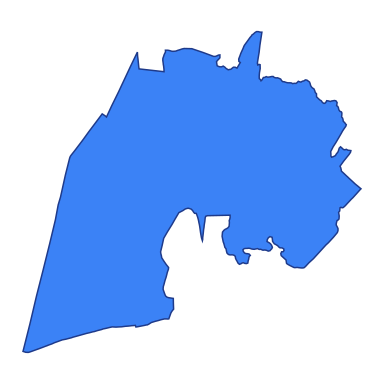 the district of Limuru, Central, Kenya
{"feature_id": "3690345B52223496040180", "entity_name": "Limuru", "entity_type": "district", "adm_level": 2, "iso_a3": "KEN", "parent_name": "Kenya", "parent_adm1": "Central", "projection": "natural_earth1", "projection_center": [36.657, -1.145], "detail": "fine", "context": "isolated", "style": "filled", "palette": "blue", "viewbox_px": 384, "rotation_deg": 0, "n_neighbors": 0, "source": "geoboundaries", "source_scale": "gbopen_adm2", "svg_char_len": 5949}
<svg xmlns="http://www.w3.org/2000/svg" viewBox="0 0 384 384"><path d="M259.1,52.4L259.9,45.3L261.9,32.2L260.0,32.1L258.2,31.6L256.5,31.6L254.9,32.6L253.3,34.1L252.0,34.9L251.3,36.1L250.1,37.4L244.4,45.3L243.8,46.5L243.2,48.1L242.4,49.9L241.7,51.4L241.1,52.7L240.6,53.9L240.2,55.1L239.2,57.7L238.7,59.1L238.9,61.5L240.3,62.5L237.0,68.1L235.1,67.2L233.4,67.2L231.9,68.4L230.8,69.3L229.3,69.5L228.2,69.8L227.0,69.0L225.9,68.3L225.0,67.3L223.2,66.1L221.6,66.8L219.8,66.8L218.5,66.4L217.2,65.8L216.9,64.4L216.7,63.0L216.5,61.7L217.6,60.3L218.8,59.1L219.9,57.8L219.9,54.9L218.4,55.1L217.0,55.8L215.4,56.4L213.6,56.4L203.4,52.6L195.4,49.9L193.9,49.4L191.9,48.7L184.1,48.5L181.9,49.0L179.9,49.7L177.6,50.4L175.8,51.1L173.7,51.3L172.0,51.3L169.7,50.6L167.8,50.2L165.4,50.2L165.5,52.0L164.7,53.5L164.1,54.8L163.6,56.4L162.9,58.3L162.8,60.3L163.0,61.8L163.2,63.2L163.3,64.5L163.6,66.0L163.9,68.6L164.0,70.0L164.0,71.7L139.1,68.9L138.8,67.2L138.0,59.3L137.6,56.1L137.4,52.1L134.4,58.3L130.7,66.0L122.2,84.1L118.6,91.8L111.7,105.8L109.0,111.6L106.5,117.0L105.1,115.8L102.2,113.9L95.9,122.3L88.9,131.6L82.6,140.3L74.7,150.7L71.2,155.1L70.3,156.4L69.7,157.9L65.4,175.0L60.5,197.1L58.2,204.8L55.4,219.8L49.7,243.6L43.0,270.5L36.5,296.0L29.9,324.0L23.0,351.4L25.8,352.3L28.4,352.4L30.4,351.8L40.6,348.1L41.7,347.7L49.0,344.9L51.9,343.9L54.5,342.7L58.4,341.3L62.2,339.9L65.8,339.2L70.4,338.0L71.6,337.7L72.9,337.2L77.3,336.0L86.5,333.4L90.0,332.6L92.9,331.8L94.2,331.6L97.4,330.6L101.7,329.5L103.2,328.9L105.3,328.5L109.9,327.4L112.2,326.9L116.0,327.1L119.1,326.9L121.6,326.8L125.3,326.3L128.0,326.1L130.1,325.9L131.5,325.7L134.3,325.5L135.4,325.4L135.9,327.0L137.3,326.8L140.9,326.1L144.5,325.4L146.1,325.0L147.3,324.9L148.9,324.1L150.1,323.3L151.4,322.5L153.4,321.9L155.3,321.3L157.3,320.8L158.5,320.5L160.7,319.8L162.4,319.4L164.5,318.9L166.3,318.9L167.6,319.0L168.8,318.9L170.9,313.0L171.9,311.3L172.8,310.1L173.6,309.2L173.4,303.5L173.3,298.4L168.7,297.7L167.1,297.2L165.7,296.1L165.1,294.9L164.6,293.6L164.0,291.9L163.5,290.5L163.1,289.2L163.3,286.6L163.9,284.7L164.4,282.8L165.0,280.5L166.1,277.2L166.9,274.1L167.2,272.8L167.7,271.2L168.4,269.3L168.6,267.5L167.8,266.5L166.2,264.5L163.8,261.0L161.7,257.7L161.4,255.8L160.8,253.5L160.6,251.8L162.2,245.2L163.7,238.3L167.4,231.9L172.0,224.5L175.0,219.2L178.9,212.6L180.0,212.1L181.5,211.3L182.7,210.7L185.4,208.9L186.9,208.5L188.1,208.2L189.7,208.6L191.3,209.2L192.7,210.7L193.7,212.3L194.6,213.3L196.3,213.4L197.6,217.0L198.2,219.1L198.6,220.9L199.0,223.0L199.4,224.7L199.8,227.1L200.5,232.2L200.9,234.7L201.5,237.9L202.4,240.7L202.7,239.4L202.7,237.7L202.9,236.2L203.3,232.8L203.6,229.7L204.0,227.4L204.2,225.3L204.5,223.3L204.8,221.6L205.0,219.7L205.2,217.7L205.7,216.3L207.3,215.7L230.1,215.2L230.1,217.7L229.7,219.3L229.2,220.6L229.4,222.6L229.1,226.4L227.7,228.0L226.3,228.8L225.2,229.3L223.9,230.3L222.5,232.1L222.1,236.3L223.2,241.8L223.8,243.4L224.4,245.5L224.9,247.4L226.0,248.8L226.5,251.3L227.0,253.1L228.3,254.4L229.4,254.8L230.6,254.9L231.7,254.8L232.9,254.9L234.1,255.3L235.3,256.4L235.5,258.2L236.2,259.8L237.0,261.1L238.0,263.1L239.4,264.3L240.9,263.8L242.0,263.1L243.2,262.7L244.8,263.4L246.4,263.6L247.8,263.1L248.2,260.7L248.7,259.2L248.9,257.7L249.3,256.4L250.3,255.4L249.2,254.1L247.7,253.7L246.1,253.6L244.5,253.0L243.2,251.2L243.0,249.6L244.3,248.6L245.8,248.4L247.1,248.4L248.4,248.2L250.2,248.4L251.3,248.9L252.8,249.2L254.3,249.3L255.6,249.0L257.5,248.6L259.2,249.4L260.8,249.3L261.9,249.8L263.0,250.2L264.3,250.0L265.5,250.1L266.7,250.4L268.2,251.1L270.0,250.7L271.0,249.5L271.8,248.7L272.4,247.3L271.6,245.3L270.5,243.8L269.4,242.9L267.0,241.5L267.3,239.6L268.3,237.8L269.9,236.6L272.1,237.3L272.4,239.4L272.6,241.4L274.3,243.8L275.9,244.6L277.7,245.7L278.7,246.9L279.9,247.8L282.0,247.9L283.7,248.8L284.0,250.6L283.1,251.7L281.6,251.8L280.8,253.6L281.2,255.6L282.4,256.7L283.6,257.8L284.9,259.0L286.1,260.1L286.3,262.0L286.6,263.5L287.9,264.4L289.5,265.3L292.9,267.0L294.2,267.6L295.6,267.6L297.1,267.4L298.3,267.6L299.9,267.8L302.0,268.0L303.9,267.8L305.4,266.6L308.9,262.8L313.4,258.7L325.9,245.0L328.4,242.7L333.4,237.3L335.9,234.3L337.0,233.0L337.6,231.9L338.0,230.5L338.0,228.6L337.5,227.4L336.9,226.3L336.2,224.9L336.3,223.5L336.6,222.1L337.1,220.5L338.1,220.0L339.0,219.0L339.2,216.0L339.0,214.7L338.6,212.4L339.7,211.0L340.0,207.8L341.0,207.3L342.1,207.8L343.3,207.5L344.4,206.5L345.3,205.7L347.2,203.6L351.1,199.4L353.0,197.6L360.1,189.7L361.0,188.8L358.4,186.6L355.1,183.9L349.5,178.7L341.4,171.1L341.2,169.7L340.7,167.6L340.0,166.2L343.7,161.1L349.1,154.4L350.5,152.3L350.9,150.6L349.6,150.4L347.9,150.2L346.3,149.3L344.9,149.8L343.5,149.5L341.5,147.6L340.5,146.8L339.2,148.2L338.4,150.9L337.8,152.2L336.3,154.0L335.4,155.6L333.2,156.7L331.6,157.2L330.9,156.0L330.9,154.0L330.7,151.6L333.2,146.7L335.8,142.7L338.8,137.6L341.3,133.3L342.5,131.1L344.3,128.4L345.8,126.3L346.3,124.7L345.4,123.7L344.6,122.5L343.3,121.4L343.0,119.5L342.6,118.1L341.6,117.0L341.8,115.1L341.9,113.0L341.4,111.9L339.9,111.3L338.8,109.7L338.3,107.4L337.7,106.3L336.6,105.7L336.9,104.2L337.1,102.5L335.9,100.8L334.3,100.5L332.9,100.8L331.5,101.0L330.4,101.5L328.8,101.0L326.7,100.7L325.8,102.4L324.8,103.3L323.6,103.3L322.4,102.4L321.2,100.7L319.9,100.0L318.7,98.9L316.6,96.9L316.5,95.4L316.5,93.8L315.3,92.5L314.6,90.3L313.8,88.7L312.6,88.1L311.5,87.0L310.6,85.5L310.2,83.8L309.5,82.0L308.1,81.0L306.9,80.1L305.3,79.9L303.9,80.9L302.4,81.2L300.9,82.1L299.4,81.7L298.3,81.3L297.3,82.4L296.1,83.4L294.5,83.3L292.6,83.6L291.2,82.9L289.5,82.8L287.9,82.8L286.8,82.6L285.5,82.2L284.4,81.8L282.6,81.6L281.5,80.5L280.7,79.1L279.4,78.5L277.6,77.8L276.0,77.9L274.4,77.5L273.2,76.5L271.8,76.5L270.3,76.8L268.8,77.1L267.4,77.1L266.2,76.6L264.8,77.4L263.4,77.5L262.7,78.7L262.0,79.9L261.0,80.8L260.4,79.5L259.3,78.7L259.2,76.5L259.3,74.5L259.5,72.5L260.2,68.6L260.1,64.7L259.0,64.4L257.8,65.0L257.4,63.4L257.6,61.5L257.9,59.8L258.2,57.8L259.1,52.4Z" fill="#3b82f6" stroke="#1e3a8a" stroke-width="1.5"/></svg>